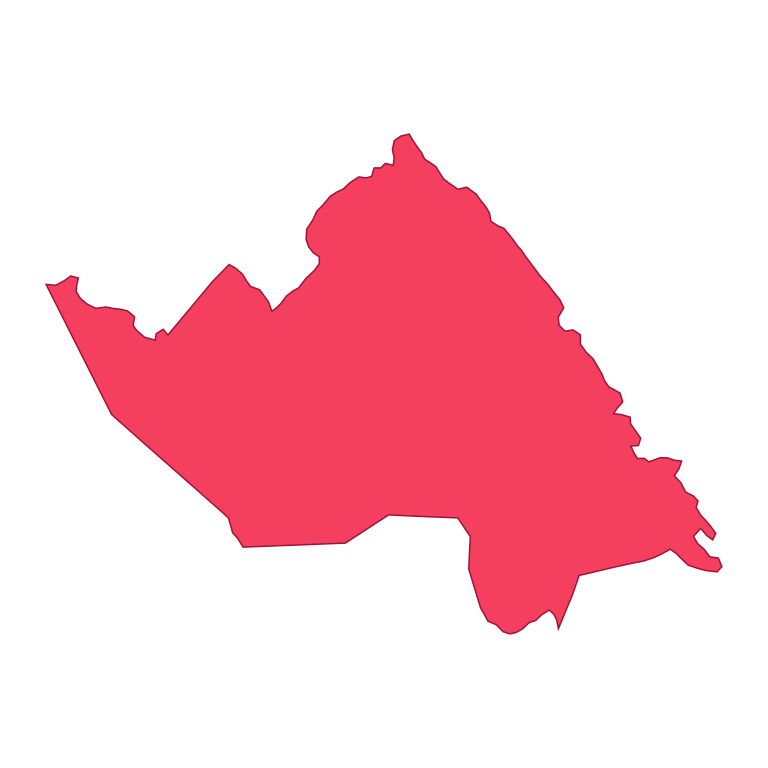 the district of Amargosa, Bahia, Brazil
{"feature_id": "56859067B13463392210040", "entity_name": "Amargosa", "entity_type": "district", "adm_level": 2, "iso_a3": "BRA", "parent_name": "Brazil", "parent_adm1": "Bahia", "projection": "albers", "projection_center": [-39.603, -13.033], "detail": "fine", "context": "isolated", "style": "filled", "palette": "rose", "viewbox_px": 768, "rotation_deg": 0, "n_neighbors": 0, "source": "geoboundaries", "source_scale": "gbopen_adm2", "svg_char_len": 2450}
<svg xmlns="http://www.w3.org/2000/svg" viewBox="0 0 768 768"><path d="M593.1,358.9L586.1,352.2L580.4,344.1L580.4,334.8L573.0,329.9L564.9,331.2L559.2,325.3L558.2,317.3L563.7,307.8L559.8,299.6L553.8,292.3L547.6,284.1L540.6,276.5L535.5,269.8L530.3,262.7L525.9,256.9L521.7,250.6L517.8,246.3L514.0,241.0L509.8,235.5L503.7,228.2L497.9,225.9L490.9,221.3L489.5,213.1L485.8,206.8L480.3,199.9L476.4,194.3L466.8,187.2L457.9,189.3L449.9,183.7L443.8,179.2L439.6,172.7L435.8,166.6L430.3,162.8L424.6,159.1L421.7,152.9L417.8,147.7L413.3,141.0L409.1,134.1L400.8,136.1L394.3,140.6L392.4,149.6L394.1,157.4L393.3,165.4L385.4,163.4L380.8,167.9L374.2,167.9L371.6,176.5L365.8,177.9L358.8,176.9L349.8,182.8L343.1,189.1L336.9,192.0L330.2,196.3L322.8,205.1L316.7,211.4L312.8,220.0L306.7,229.2L306.1,239.4L308.7,246.9L313.5,253.0L319.3,256.8L319.3,263.7L314.2,270.7L306.1,278.2L298.7,287.8L292.7,291.1L286.4,296.1L281.2,303.2L276.7,307.6L271.9,311.4L268.4,301.7L264.5,296.4L259.7,289.8L250.6,286.5L246.5,280.9L242.7,274.4L235.9,268.4L229.1,264.5L212.1,282.0L167.9,335.0L163.2,329.3L156.2,333.7L155.2,340.1L144.6,337.3L136.6,330.4L133.1,325.4L134.6,316.9L127.6,310.9L120.4,309.2L114.4,308.7L105.8,307.0L95.8,308.3L87.1,304.1L80.5,298.5L76.3,291.9L76.8,284.6L78.4,278.0L70.8,276.0L63.8,281.0L55.7,285.3L46.1,284.4L111.6,414.5L146.3,445.3L157.8,455.4L198.5,491.3L209.4,501.0L220.4,510.6L228.4,517.9L230.4,524.5L232.6,532.7L237.6,538.3L243.1,547.1L345.4,543.1L388.6,514.9L422.6,516.5L457.8,517.9L470.3,536.6L469.4,553.8L468.8,569.2L480.6,608.0L485.1,615.8L488.0,621.2L496.4,624.8L503.1,631.7L510.1,633.9L515.9,632.6L522.6,628.8L529.3,622.5L535.7,620.5L541.8,614.6L549.2,610.0L554.1,614.6L556.8,620.2L558.4,628.7L572.6,594.4L579.1,575.5L615.3,566.9L630.6,563.6L643.5,561.0L653.1,557.9L661.4,554.1L670.1,549.2L676.1,553.4L682.0,559.3L688.3,565.2L697.2,568.2L705.9,570.5L717.0,571.9L721.9,566.7L718.4,558.1L709.8,556.8L704.1,549.2L697.6,543.6L693.5,536.3L700.8,528.4L706.8,535.6L712.7,539.9L715.8,533.3L710.7,526.4L706.0,520.9L700.5,514.9L696.1,507.4L698.0,501.0L693.5,496.1L685.5,491.9L681.0,482.9L674.3,475.7L679.0,468.8L681.6,461.0L674.3,460.2L668.1,458.0L660.5,457.6L648.9,461.9L644.2,458.3L637.4,458.5L633.5,452.0L630.9,446.1L638.4,445.5L640.7,438.3L636.4,432.0L630.7,424.0L630.1,417.1L621.1,414.5L613.7,413.8L616.8,408.6L622.7,402.0L620.1,393.1L614.3,389.8L608.8,386.8L604.5,380.7L601.8,373.8L598.3,367.7L593.1,358.9Z" fill="#f43f5e" stroke="#9f1239" stroke-width="1.5"/></svg>